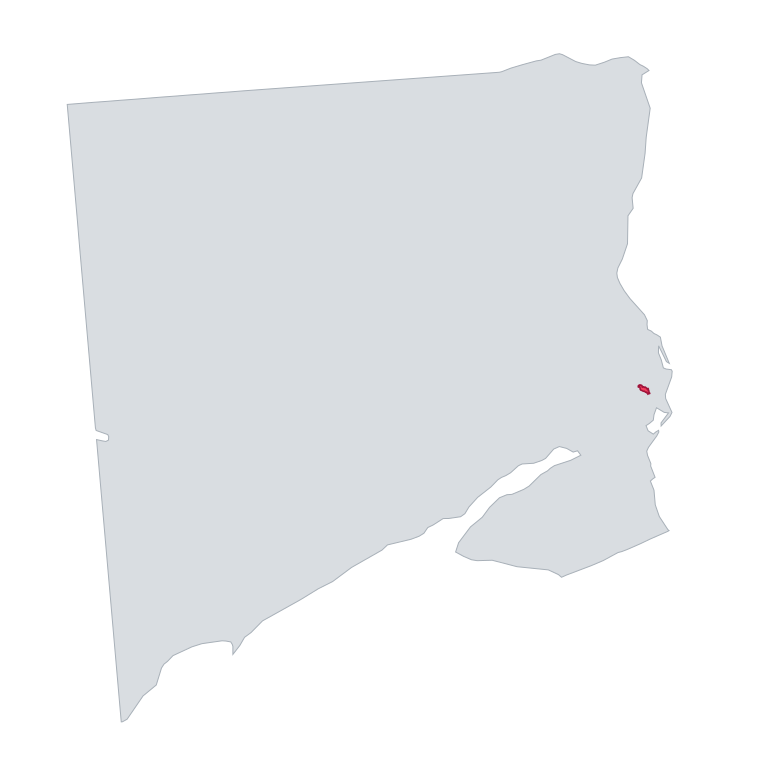 Talkha, Ad Daqahliyah, Egypt shown in context, rotated 85°
{"feature_id": "37247803B18011904824806", "entity_name": "Talkha", "entity_type": "district", "adm_level": 2, "iso_a3": "EGY", "parent_name": "Egypt", "parent_adm1": "Ad Daqahliyah", "projection": "robinson", "projection_center": [31.404, 31.109], "detail": "fine", "context": "in_parent", "style": "filled", "palette": "rose", "viewbox_px": 768, "rotation_deg": 85, "n_neighbors": 0, "source": "geoboundaries", "source_scale": "gbopen_adm2", "svg_char_len": 5027}
<svg xmlns="http://www.w3.org/2000/svg" viewBox="0 0 768 768"><g transform="rotate(85 384 384)"><path d="M697.7,675.2L680.6,675.2L663.5,675.2L646.4,675.2L629.3,675.2L612.2,675.2L595.1,675.2L578.0,675.2L560.9,675.2L543.8,675.2L526.7,675.2L509.6,675.2L492.5,675.2L475.4,675.2L458.3,675.2L441.2,675.2L424.1,675.2L414.3,675.2L416.0,669.9L417.0,666.1L415.9,663.4L412.5,662.8L410.3,663.6L405.2,674.8L402.6,675.3L396.5,675.3L376.6,675.3L356.7,675.3L336.7,675.3L316.8,675.3L296.9,675.3L277.0,675.3L257.1,675.3L237.2,675.3L217.3,675.3L197.3,675.2L177.4,675.2L157.5,675.2L137.6,675.2L117.7,675.2L97.8,675.2L77.9,675.2L78.0,661.7L78.1,648.1L78.3,634.6L78.4,621.1L78.6,607.5L78.7,594.0L78.8,580.4L79.0,566.9L79.1,553.3L79.3,539.8L79.4,526.3L79.6,512.7L79.7,499.2L79.9,485.6L80.1,472.1L80.3,458.5L80.5,445.0L80.7,431.5L80.9,417.9L81.1,404.4L81.3,390.8L81.5,377.3L81.7,363.7L81.9,350.2L82.1,336.7L82.3,323.1L82.5,309.6L82.7,296.0L82.9,282.5L83.1,268.9L83.3,255.4L83.5,241.9L83.1,239.3L80.4,230.1L78.0,218.4L75.4,204.1L75.1,199.4L70.6,184.6L70.3,180.4L71.5,177.4L79.5,164.9L81.9,158.9L84.0,151.6L84.8,145.7L82.7,136.6L80.2,128.5L79.5,120.2L79.3,112.0L83.3,106.4L88.1,101.2L90.0,98.0L92.8,94.4L94.8,92.7L98.5,100.0L106.4,101.3L132.5,94.8L161.1,101.3L176.9,103.8L201.2,109.4L216.0,119.4L220.0,120.6L230.7,120.5L237.7,126.3L265.5,129.2L280.3,135.7L288.8,140.9L293.8,142.4L298.3,142.2L304.4,140.2L312.0,136.6L320.4,131.5L337.7,118.5L343.8,116.2L347.7,116.8L352.6,116.6L354.6,113.1L357.2,110.7L358.8,107.9L361.4,104.6L370.3,103.7L388.3,98.0L386.3,100.7L369.9,107.1L376.9,107.9L384.1,105.7L392.3,104.3L393.7,101.6L394.8,96.5L396.4,95.8L402.0,96.8L418.8,104.6L423.0,104.7L434.9,100.5L437.4,99.6L441.2,101.9L450.0,111.6L446.9,111.4L437.6,103.1L436.7,107.3L431.4,114.6L438.1,117.7L443.5,118.9L446.4,123.0L448.3,126.6L453.6,125.0L457.4,120.1L455.4,117.3L454.1,114.5L455.8,114.4L459.5,116.8L470.2,126.1L473.8,128.1L478.0,127.7L486.6,125.1L489.0,125.5L500.6,122.1L502.0,124.6L503.9,127.1L513.3,124.3L528.0,124.3L540.0,121.3L553.8,113.9L554.9,112.8L555.7,114.6L557.4,119.7L561.7,132.5L565.5,142.6L570.2,156.6L571.7,161.9L572.3,165.6L579.0,181.0L583.1,193.6L586.0,203.9L590.2,218.8L592.0,224.0L589.1,226.8L583.5,236.5L577.6,267.4L569.0,291.6L568.1,306.7L566.7,312.2L562.6,319.8L557.6,327.3L548.6,323.5L533.9,310.3L525.3,297.7L516.1,289.6L507.4,278.9L505.0,271.2L505.1,266.2L501.2,254.1L498.4,248.4L487.9,235.6L484.8,228.7L482.5,225.7L480.2,221.4L476.3,204.7L472.1,194.1L467.4,197.0L468.3,201.5L464.1,207.6L461.6,214.8L463.6,220.6L472.2,229.5L473.9,233.4L476.0,241.8L475.7,253.3L477.1,257.2L483.5,265.7L485.9,270.7L487.3,275.1L489.4,279.0L495.9,286.5L505.1,300.6L513.9,310.1L520.2,314.7L522.9,319.3L523.6,331.2L523.2,336.8L528.8,347.5L530.8,352.9L536.2,357.3L538.7,362.3L541.0,370.5L544.6,394.6L549.3,400.5L563.9,432.3L576.3,452.4L582.3,467.4L591.4,485.6L609.4,525.7L620.0,538.1L624.2,545.0L631.9,550.4L640.2,558.1L632.3,557.4L630.3,557.8L627.6,559.1L626.3,563.8L625.7,567.7L626.8,588.0L629.1,598.3L636.2,617.9L641.4,623.8L643.9,627.6L647.5,630.4L664.0,637.1L673.7,651.2L695.5,669.1L697.7,674.0L697.7,675.2Z" fill="#d9dde1" stroke="#a8b0b8" stroke-width="1"/><path d="M411.5,121.3L411.7,121.8L411.7,122.0L411.7,122.4L411.7,122.5L411.4,122.5L411.4,122.4L411.2,122.5L411.1,122.8L411.0,123.0L410.9,123.1L410.6,123.2L410.4,123.3L410.2,123.6L410.0,123.8L410.0,124.0L409.9,124.1L410.1,124.3L410.2,124.5L410.0,124.9L410.0,125.0L409.8,125.2L409.7,125.2L409.5,125.3L409.4,125.5L409.4,125.8L409.3,126.1L409.2,126.2L409.2,126.3L409.3,126.4L409.5,126.4L409.7,126.5L409.7,126.9L409.6,127.0L409.3,126.9L409.1,126.8L408.9,126.9L408.9,127.0L408.7,127.1L408.5,127.3L408.1,127.4L407.9,127.3L407.7,127.7L407.6,127.9L407.6,128.1L407.3,128.3L407.3,128.6L407.6,128.8L407.3,129.3L407.5,129.4L407.3,129.6L407.3,129.9L407.5,130.0L407.8,130.4L407.8,130.6L408.2,131.1L408.3,131.3L408.3,131.2L408.5,131.1L408.8,131.1L408.9,130.9L409.0,130.9L409.2,130.7L409.3,130.7L409.3,130.4L409.2,130.2L409.1,129.9L409.2,129.7L409.3,129.7L409.5,129.5L409.7,129.4L409.8,129.4L410.0,129.3L410.3,129.3L410.5,129.3L410.8,129.3L411.0,129.3L411.0,129.2L411.3,129.2L411.5,129.2L411.8,129.2L412.0,129.1L412.3,128.9L412.4,128.7L412.5,128.7L412.6,128.4L412.7,128.2L412.8,128.1L412.8,127.9L413.0,127.7L413.1,127.4L413.3,127.2L413.5,127.0L413.5,126.9L413.6,126.7L413.7,126.4L413.8,126.3L413.8,126.2L413.8,125.9L413.9,125.7L413.9,125.4L414.0,125.4L414.0,125.2L414.1,124.9L414.3,124.7L414.5,124.6L414.7,124.4L414.8,124.4L414.9,124.2L415.0,124.2L415.1,123.9L415.2,123.7L415.1,123.4L415.0,123.2L415.0,122.9L415.3,122.8L415.5,122.8L415.8,122.9L416.0,122.8L416.0,122.7L416.1,122.4L416.1,122.2L416.1,121.9L416.1,121.7L416.3,121.5L416.5,121.5L416.8,121.6L417.0,121.7L416.9,121.3L416.8,121.1L416.7,120.5L416.7,120.3L416.7,120.2L416.4,120.0L416.2,120.1L415.8,120.4L415.7,120.5L415.1,120.7L414.9,120.7L414.2,120.7L414.0,120.8L413.7,120.8L413.5,121.1L413.5,121.3L413.2,121.4L412.9,121.5L412.8,121.4L412.6,121.2L412.4,121.0L412.2,121.0L411.9,121.1L411.5,121.3Z" fill="#f43f5e" stroke="#9f1239" stroke-width="1.5"/></g></svg>